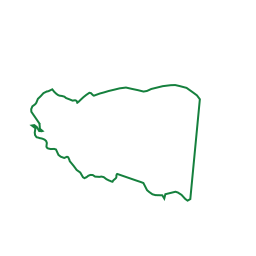 the district of Natividad, Oaxaca, Mexico, rotated 34°
{"feature_id": "50627088B30412842807329", "entity_name": "Natividad", "entity_type": "district", "adm_level": 2, "iso_a3": "MEX", "parent_name": "Mexico", "parent_adm1": "Oaxaca", "projection": "orthographic", "projection_center": [-96.43, 17.303], "detail": "fine", "context": "isolated", "style": "outline", "palette": "green", "viewbox_px": 256, "rotation_deg": 34, "n_neighbors": 0, "source": "geoboundaries", "source_scale": "gbopen_adm2", "svg_char_len": 2087}
<svg xmlns="http://www.w3.org/2000/svg" viewBox="0 0 256 256"><g transform="rotate(34 128 128)"><path d="M219.4,152.1L171.5,64.0L166.9,62.4L162.5,62.2L158.5,62.1L154.1,62.0L147.5,64.3L143.1,66.0L139.5,68.6L133.4,73.9L125.5,82.6L123.0,86.7L120.5,89.1L115.0,91.1L109.1,93.5L103.7,95.6L98.9,99.8L95.0,104.1L91.3,108.1L88.2,111.9L85.4,115.1L81.7,120.2L81.3,120.4L79.6,120.2L77.8,119.8L76.3,120.4L74.9,123.9L73.8,127.4L73.1,130.4L72.4,133.8L71.8,135.5L71.7,135.5L71.3,134.8L71.2,134.7L70.7,134.5L69.9,134.3L68.6,134.6L67.5,135.6L66.8,136.3L63.8,136.9L59.9,137.8L57.8,137.6L57.7,137.6L55.3,138.4L53.1,139.5L51.5,139.8L51.3,139.8L51.1,139.8L49.2,139.7L46.4,139.2L43.6,138.3L41.5,141.9L40.3,143.2L40.2,143.2L38.4,146.4L38.4,146.5L37.8,150.6L37.0,154.2L37.9,158.5L37.8,160.0L37.4,161.3L36.6,163.5L37.2,166.4L37.2,166.5L37.3,166.6L38.8,168.6L52.5,174.0L52.6,174.3L52.7,174.6L52.9,174.9L53.6,175.6L54.8,177.2L55.7,178.0L57.2,178.1L58.8,178.3L58.1,179.1L57.5,179.3L56.1,180.2L51.9,178.2L48.7,178.0L46.9,179.7L51.4,180.0L52.9,183.2L53.2,183.9L54.9,185.8L56.6,186.5L57.1,186.7L57.7,186.7L58.8,186.2L60.7,185.7L61.4,185.3L63.1,184.7L65.3,184.3L65.5,184.3L67.5,184.6L68.8,185.6L69.1,185.8L70.0,187.6L70.9,189.2L72.5,189.8L73.6,189.5L75.1,188.9L75.4,188.8L75.8,188.6L78.5,186.6L80.2,186.1L80.4,186.1L80.5,186.2L85.4,189.2L88.3,189.4L91.9,188.5L93.4,186.1L93.5,186.0L93.7,185.9L94.6,185.7L94.8,185.7L97.1,187.1L98.3,188.1L104.1,189.8L108.9,191.5L113.2,191.6L113.3,191.6L118.2,194.0L120.0,193.9L120.9,192.2L121.0,192.2L121.4,191.2L121.8,189.8L123.1,187.9L125.1,186.7L127.9,186.7L131.8,184.4L133.0,183.2L135.3,182.3L137.0,182.4L138.8,182.5L140.1,182.3L141.2,182.2L143.0,181.8L144.2,181.6L145.2,181.2L145.1,180.2L145.2,179.3L145.7,177.6L146.0,176.2L145.9,175.5L145.5,174.6L145.0,174.0L144.7,173.1L144.6,172.5L144.8,172.1L164.3,166.9L168.6,165.7L171.5,165.0L177.3,168.2L178.6,168.9L181.3,169.2L185.3,169.3L188.3,168.3L194.1,164.6L194.7,164.9L197.5,166.2L196.0,162.0L199.0,158.7L203.0,154.3L205.4,153.6L209.8,153.5L215.1,154.8L218.0,154.9L219.4,152.1Z" fill="none" stroke="#15803d" stroke-width="2"/></g></svg>